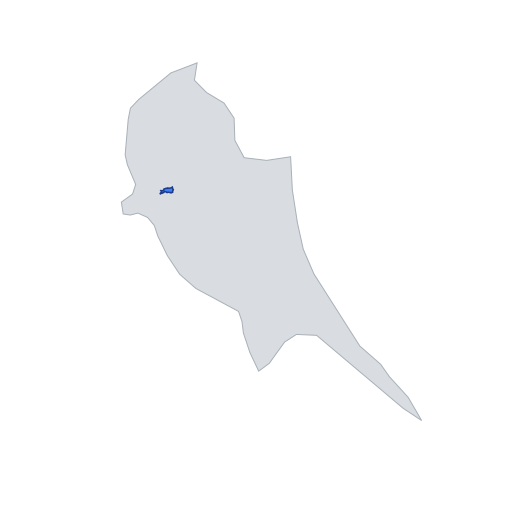 location of Limnatis, Limassol, Cyprus, rotated 75°
{"feature_id": "46923920B10034755231280", "entity_name": "Limnatis", "entity_type": "district", "adm_level": 2, "iso_a3": "CYP", "parent_name": "Cyprus", "parent_adm1": "Limassol", "projection": "robinson", "projection_center": [32.947, 34.792], "detail": "fine", "context": "in_parent", "style": "filled", "palette": "blue", "viewbox_px": 512, "rotation_deg": 75, "n_neighbors": 0, "source": "geoboundaries", "source_scale": "gbopen_adm2", "svg_char_len": 2121}
<svg xmlns="http://www.w3.org/2000/svg" viewBox="0 0 512 512"><g transform="rotate(75 256 256)"><path d="M363.1,270.9L367.9,283.2L347.5,286.9L327.1,288.1L315.7,286.5L305.0,287.2L271.9,322.4L254.0,334.4L232.8,341.5L211.2,345.7L200.3,346.3L190.8,350.7L184.0,358.9L183.9,366.9L181.0,373.4L169.1,372.1L164.2,359.2L155.7,353.7L134.7,356.6L124.4,356.2L90.8,344.0L80.7,339.0L74.3,328.5L57.1,290.8L54.2,262.9L70.3,270.0L85.4,261.4L100.0,247.3L117.2,241.5L128.1,244.0L138.8,246.5L158.0,242.0L166.4,221.0L169.1,196.9L201.6,203.8L234.7,207.4L261.7,208.6L288.3,204.7L369.9,179.0L392.9,163.6L407.1,158.4L431.9,145.6L457.8,138.6L441.2,153.3L348.3,218.0L342.2,237.3L346.5,250.6L359.6,266.7L363.1,270.9Z" fill="#d9dde1" stroke="#a8b0b8" stroke-width="1"/><path d="M167.7,319.0L167.8,319.3L168.1,319.6L168.1,319.8L168.2,320.3L168.2,320.8L168.1,321.2L168.1,321.5L168.1,322.0L168.1,322.4L167.9,322.6L167.8,322.9L167.8,323.3L167.8,323.6L167.8,323.9L167.7,324.2L167.5,324.7L167.4,324.6L167.4,325.1L167.4,325.5L167.3,325.8L167.5,326.4L167.4,327.2L167.4,327.5L167.6,327.7L167.9,327.8L168.3,327.9L168.5,328.2L168.6,328.5L168.7,328.9L168.6,329.3L168.7,329.7L168.6,329.9L168.6,330.3L168.3,330.7L168.1,330.9L168.1,331.0L168.4,330.9L168.6,330.8L168.9,330.7L169.1,330.6L169.4,330.7L169.5,330.9L169.8,331.1L169.9,331.3L170.2,331.5L170.4,331.6L170.5,331.9L170.6,332.2L170.8,332.4L171.1,332.4L171.3,332.2L171.1,331.9L171.1,331.6L171.1,331.2L171.0,330.9L170.8,330.7L170.7,330.5L170.8,330.3L170.7,330.0L170.7,329.8L170.9,329.7L170.7,329.5L170.6,329.3L170.6,329.2L170.8,329.0L170.8,328.6L170.6,328.4L170.3,328.0L170.1,327.9L170.0,327.7L170.2,327.4L170.4,327.2L170.5,326.9L170.6,326.7L170.8,326.3L171.0,326.0L171.5,325.8L171.7,325.5L171.8,325.3L171.6,324.8L171.6,324.4L171.7,324.2L171.8,324.0L171.9,323.7L172.0,323.4L172.2,323.2L172.5,322.7L172.5,322.2L173.0,321.9L173.1,321.7L172.9,321.5L172.9,321.2L172.8,320.7L173.0,320.3L172.9,320.0L172.3,319.8L172.0,319.9L171.5,319.6L171.1,319.1L170.6,318.8L170.5,319.0L170.0,319.1L169.4,319.1L169.1,318.9L168.6,319.0L168.2,319.0L167.9,319.0L167.7,319.0Z" fill="#3b82f6" stroke="#1e3a8a" stroke-width="1.5"/></g></svg>